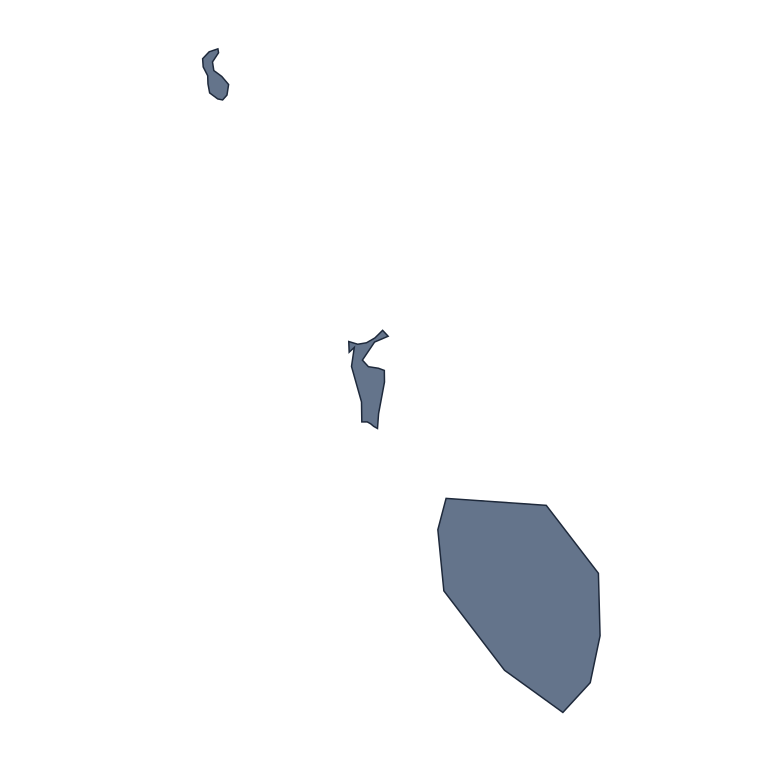 SVG path tracing the border of Saint Vincent and the Grenadines, rotated 137°
{"feature_id": "VCT", "entity_name": "Saint Vincent and the Grenadines", "entity_type": "country or territory", "adm_level": 0, "iso_a3": "VCT", "parent_name": "North America", "parent_adm1": "", "projection": "natural_earth1", "projection_center": [-61.257, 13.027], "detail": "fine", "context": "isolated", "style": "filled", "palette": "slate", "viewbox_px": 768, "rotation_deg": 137, "n_neighbors": 0, "source": "natural_earth", "source_scale": "50m", "svg_char_len": 756}
<svg xmlns="http://www.w3.org/2000/svg" viewBox="0 0 768 768"><g transform="rotate(137 384 384)"><path d="M444.0,240.7L416.6,258.0L348.1,184.6L356.3,99.3L397.7,52.5L436.9,24.9L477.2,21.8L491.1,92.4L481.3,191.9L444.0,240.7ZM395.8,419.0L380.8,431.0L387.8,431.0L380.8,439.1L376.1,431.0L368.7,426.1L359.2,423.9L348.4,424.2L348.4,416.1L362.3,421.1L383.5,416.2L383.6,407.3L377.3,399.3L374.5,393.7L382.3,385.1L408.2,366.0L419.1,355.9L420.4,360.0L420.9,364.0L422.1,367.7L426.1,371.4L412.7,386.2L395.8,419.0ZM294.8,745.6L285.3,746.2L276.9,742.4L279.1,739.1L289.8,736.5L294.7,729.3L292.9,719.6L293.4,709.0L301.8,702.4L308.3,701.8L311.2,705.9L313.0,715.8L308.1,723.5L302.7,729.7L300.0,739.2L294.8,745.6Z" fill="#64748b" stroke="#1e293b" stroke-width="1.5"/></g></svg>